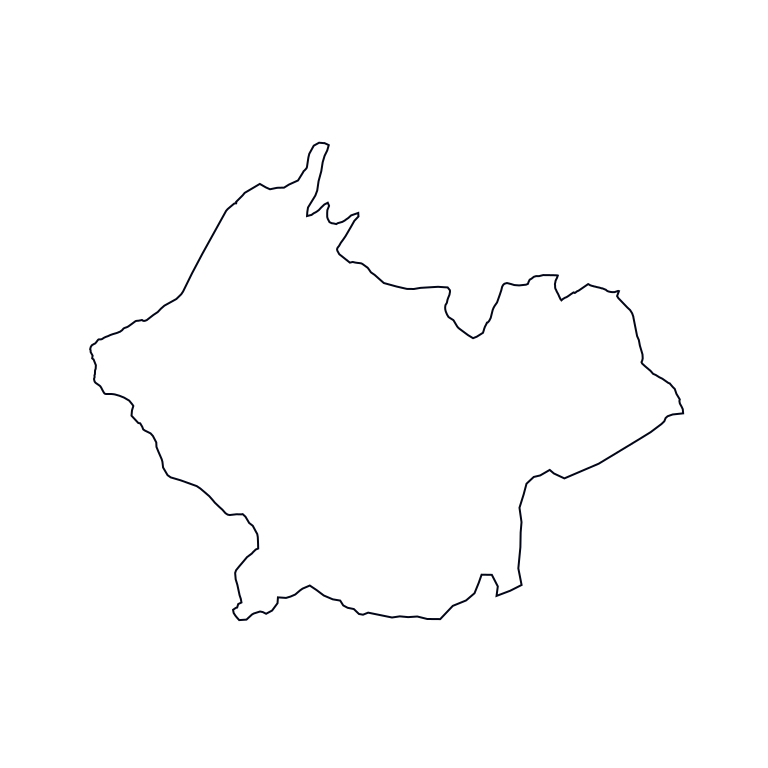 outline of Techiman North, Brong Ahafo, Ghana, rotated 331°
{"feature_id": "2480657B75157144819377", "entity_name": "Techiman North", "entity_type": "district", "adm_level": 2, "iso_a3": "GHA", "parent_name": "Ghana", "parent_adm1": "Brong Ahafo", "projection": "robinson", "projection_center": [-1.962, 7.702], "detail": "fine", "context": "isolated", "style": "outline", "palette": "ink", "viewbox_px": 768, "rotation_deg": 331, "n_neighbors": 0, "source": "geoboundaries", "source_scale": "gbopen_adm2", "svg_char_len": 6166}
<svg xmlns="http://www.w3.org/2000/svg" viewBox="0 0 768 768"><g transform="rotate(331 384 384)"><path d="M142.1,516.8L142.9,520.3L149.5,523.4L156.8,521.6L158.9,521.6L165.3,522.9L167.4,524.7L169.5,527.8L176.3,527.9L184.6,524.1L187.8,519.2L194.6,523.6L199.2,524.6L204.3,525.1L210.7,523.8L213.6,523.5L221.4,524.3L225.1,531.5L228.8,539.8L234.8,547.5L240.7,552.2L241.0,557.9L243.7,562.1L248.5,566.2L250.6,573.0L253.8,575.6L259.3,576.3L277.8,592.1L285.2,594.9L292.1,599.6L300.4,603.5L307.9,610.5L319.2,616.9L336.6,611.4L350.8,613.1L361.7,610.9L370.5,603.8L376.9,598.1L385.8,603.2L385.4,616.2L379.7,623.9L394.1,626.0L406.9,626.5L412.1,610.4L424.2,592.8L431.6,580.0L437.3,571.5L442.5,557.9L452.6,548.3L460.3,540.3L469.9,537.9L476.3,539.7L487.3,539.5L489.2,544.6L496.0,554.0L533.2,557.8L578.4,556.1L593.8,555.4L607.4,553.5L611.1,552.5L613.8,550.3L616.4,549.7L621.7,550.6L626.2,552.5L631.4,554.7L633.1,550.9L633.3,547.9L633.3,544.5L634.1,542.1L635.2,540.9L635.2,540.6L635.0,534.4L635.9,529.3L635.1,526.6L634.3,522.6L634.3,522.2L633.2,520.9L630.0,514.3L628.1,511.6L626.0,507.8L624.3,505.6L623.5,501.8L620.9,494.9L619.7,491.3L619.8,489.7L621.2,488.7L622.7,487.0L624.4,483.5L625.2,480.0L626.4,474.5L628.2,469.1L628.6,464.8L634.4,446.7L634.7,446.0L635.3,442.5L635.1,438.7L633.9,435.0L630.6,422.5L630.5,420.1L634.5,416.7L633.9,416.1L630.2,415.4L629.1,414.8L628.0,414.2L626.9,413.4L625.5,412.2L624.6,411.2L624.0,410.1L623.7,409.1L623.0,408.3L622.4,407.5L622.1,407.2L621.5,406.3L621.0,406.1L619.3,404.3L617.1,402.4L615.9,401.2L614.8,400.3L614.6,400.0L613.7,399.2L612.2,397.6L611.9,397.0L611.0,395.6L599.5,396.7L599.1,396.7L598.0,396.5L597.4,396.6L596.7,396.7L595.5,396.9L594.9,396.8L594.6,396.4L594.4,395.9L593.6,395.8L593.0,395.9L591.4,396.0L588.0,396.4L586.6,396.5L585.3,396.5L584.2,396.3L581.7,396.4L580.3,396.7L579.8,396.8L579.8,396.1L579.5,395.8L579.5,395.3L579.6,393.4L579.7,391.9L579.9,390.1L579.9,388.8L579.9,387.2L579.9,386.6L580.0,386.2L580.1,385.2L580.1,383.7L580.5,382.5L580.8,381.9L581.1,381.4L581.5,380.6L581.9,379.5L582.7,378.6L583.1,378.2L583.7,377.4L583.9,377.1L584.9,376.3L585.5,375.9L586.2,375.4L586.7,375.1L588.6,373.4L588.1,372.9L584.6,370.8L576.0,365.9L571.8,364.8L569.4,363.4L567.0,362.9L564.1,363.4L562.0,363.4L560.1,364.7L558.4,366.2L556.4,366.0L550.0,363.3L545.9,360.6L543.6,358.2L540.5,355.3L537.9,354.7L536.3,355.1L534.5,356.2L532.0,358.9L528.4,362.2L525.0,365.2L522.4,367.5L518.7,369.3L516.9,370.4L515.0,371.9L509.4,377.9L506.9,379.6L505.8,380.1L505.0,380.3L504.4,380.5L504.0,380.5L503.7,380.3L503.2,380.7L502.0,381.6L500.6,382.5L500.0,382.9L499.1,383.7L498.6,384.1L498.0,384.7L497.1,385.6L495.4,387.2L488.0,387.6L484.1,387.1L481.2,382.0L476.6,371.9L476.5,371.5L476.2,370.8L476.0,369.7L475.9,369.2L475.7,362.2L475.6,361.7L473.5,357.9L472.9,356.7L472.8,353.8L473.0,352.0L473.2,350.4L473.8,348.3L474.6,346.7L475.6,345.3L476.4,344.5L477.7,343.9L478.6,343.2L480.4,341.1L482.1,339.6L483.5,338.5L484.5,337.7L485.3,336.7L486.4,335.4L487.1,334.0L486.5,330.4L483.8,328.7L478.4,325.2L462.5,317.6L456.2,315.4L450.1,311.9L442.2,304.8L432.8,295.6L428.7,284.0L426.7,280.0L426.4,276.7L426.1,274.5L423.5,268.9L422.8,267.7L422.0,267.0L420.8,266.1L419.5,265.2L417.8,263.9L415.8,262.1L413.0,261.3L407.8,248.8L407.8,244.8L408.3,243.3L409.5,242.3L411.7,241.4L414.8,239.5L418.1,238.0L422.1,236.0L432.5,229.8L437.2,226.9L442.9,225.1L443.2,224.4L444.4,221.9L437.0,220.6L433.3,221.5L430.9,221.7L428.8,222.0L426.1,222.0L421.4,220.9L419.8,221.0L417.8,219.2L416.2,218.0L414.8,216.0L414.9,212.2L415.3,210.4L417.2,206.9L418.8,204.4L422.3,201.6L422.4,201.1L422.7,198.2L421.8,198.2L419.5,198.1L418.8,198.1L417.3,198.5L414.6,199.2L411.3,200.3L409.0,200.6L407.2,200.7L405.9,200.6L404.4,200.7L402.6,201.0L401.6,200.7L398.1,199.8L400.3,196.4L403.1,192.8L415.3,185.9L419.4,182.4L425.1,174.9L432.3,167.5L437.9,160.3L442.7,155.6L447.6,152.2L451.5,148.3L450.7,147.1L448.7,144.4L448.2,144.2L444.2,141.5L438.1,141.5L432.7,144.9L430.3,146.4L427.8,149.1L425.4,152.2L421.8,156.9L420.7,157.8L418.0,158.7L416.9,158.9L415.7,159.7L407.5,164.3L397.6,163.5L391.8,163.8L385.7,160.6L378.7,158.4L376.0,154.8L372.4,148.8L354.8,149.3L351.8,150.5L343.0,153.0L342.7,153.9L342.3,154.3L341.4,153.8L340.4,153.6L339.3,153.8L332.1,155.2L329.9,156.0L288.5,181.9L269.8,194.1L253.1,205.7L250.2,207.2L243.6,209.0L229.9,209.0L225.3,210.0L222.2,211.0L220.9,211.4L215.8,211.8L207.5,213.1L205.9,212.9L204.7,212.5L204.2,212.1L203.8,211.7L203.6,211.0L203.4,210.8L203.2,210.6L202.9,210.6L201.4,210.1L199.9,209.6L198.4,208.9L197.4,208.6L196.9,208.6L196.2,208.7L192.4,209.2L190.7,209.4L189.1,209.6L187.6,209.7L186.4,209.6L184.9,209.3L183.9,209.2L183.3,209.2L182.8,209.3L181.8,209.7L181.0,210.0L180.0,210.1L178.4,210.3L177.4,210.1L176.1,210.0L174.8,209.8L171.4,209.0L169.1,208.6L168.4,208.5L167.0,208.4L165.7,208.3L163.3,207.9L161.1,207.8L159.6,208.0L158.6,207.9L157.8,207.6L156.8,207.1L156.1,206.7L155.6,206.7L155.2,206.8L152.7,207.9L151.7,208.3L150.9,208.5L150.6,208.5L149.6,208.4L147.2,208.5L145.4,209.5L143.8,211.2L143.8,212.1L142.9,213.9L142.9,217.9L141.2,220.1L141.5,220.9L141.9,221.7L141.3,226.3L141.1,227.9L139.2,230.9L137.9,232.0L135.9,235.3L135.0,236.0L134.2,237.7L132.8,239.0L132.2,241.0L132.1,241.9L132.3,243.1L133.9,246.4L134.4,247.4L134.8,248.5L134.9,250.3L134.8,252.7L134.8,255.3L134.9,256.5L135.2,257.2L136.0,258.0L138.2,259.2L140.6,260.5L142.2,261.6L143.5,262.6L146.9,266.0L150.0,269.8L153.1,275.0L154.0,280.0L154.1,281.7L150.8,284.9L147.8,289.3L150.2,299.0L151.7,300.2L151.8,304.2L151.4,307.0L152.3,308.8L155.9,314.0L156.7,317.4L156.5,324.7L154.5,328.7L153.9,333.6L153.1,342.0L152.5,344.6L150.3,349.9L150.5,358.8L152.2,362.3L159.4,369.6L170.7,382.5L172.7,386.4L176.8,397.4L178.0,402.9L178.5,405.7L180.4,411.8L181.7,415.5L182.7,420.1L183.9,422.4L185.5,423.8L191.8,426.4L195.9,428.8L197.3,429.3L198.5,432.9L198.7,440.2L200.5,444.4L200.4,450.8L200.4,453.8L199.4,456.7L196.3,462.9L194.2,466.9L191.6,466.6L187.9,467.6L186.3,468.2L180.3,469.0L173.8,471.5L169.0,473.3L164.3,475.2L162.2,477.1L159.6,482.9L158.4,488.5L155.3,498.7L154.6,502.5L153.4,506.0L149.8,505.8L147.2,508.3L146.5,508.1L145.5,508.0L144.6,508.1L142.5,508.3L141.5,511.4L141.7,514.4L142.1,516.8Z" fill="none" stroke="#020617" stroke-width="2"/></g></svg>